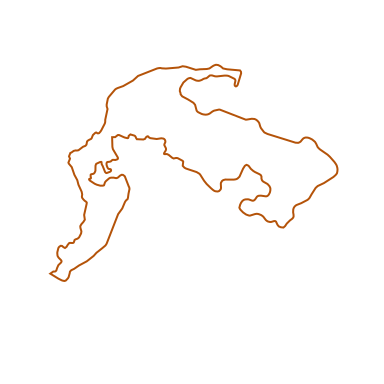 the border of Adygey, rotated 292°
{"feature_id": "RUS-2279", "entity_name": "Adygey", "entity_type": "Republic", "adm_level": 1, "iso_a3": "RUS", "parent_name": "Russia", "parent_adm1": "", "projection": "orthographic", "projection_center": [39.851, 44.472], "detail": "fine", "context": "isolated", "style": "outline", "palette": "amber", "viewbox_px": 384, "rotation_deg": 292, "n_neighbors": 0, "source": "natural_earth", "source_scale": "10m", "svg_char_len": 6011}
<svg xmlns="http://www.w3.org/2000/svg" viewBox="0 0 384 384"><g transform="rotate(292 192 192)"><path d="M179.0,64.6L182.7,64.6L183.4,65.4L185.8,66.9L187.0,68.6L187.3,69.7L188.2,71.1L193.1,74.0L194.9,75.9L196.4,76.4L199.4,75.8L200.3,76.0L201.6,76.9L203.4,78.5L204.1,78.8L207.7,78.8L210.5,80.1L211.1,80.6L211.3,81.1L211.0,82.3L211.2,83.0L211.8,83.8L213.7,84.5L215.3,84.8L222.9,85.5L224.4,85.3L226.5,84.5L237.3,82.6L239.5,80.8L241.2,80.1L247.1,79.0L249.1,79.3L258.2,82.3L259.3,83.0L260.5,84.1L264.4,88.5L273.2,95.5L279.4,98.5L293.5,113.4L294.3,114.6L295.1,116.1L295.4,117.8L296.7,121.6L302.4,132.9L305.1,136.2L305.9,139.5L306.7,149.8L308.7,153.3L311.6,159.7L313.1,161.9L316.5,164.1L317.8,165.2L318.9,166.5L319.2,167.5L319.5,168.8L319.3,171.0L319.0,172.3L318.2,174.5L318.9,178.5L322.7,191.0L321.8,192.4L320.4,193.1L308.5,194.2L307.5,194.0L306.7,193.6L306.3,192.9L306.6,191.9L307.3,191.4L308.3,191.1L311.4,190.6L312.2,190.1L312.7,189.4L312.9,188.4L313.3,182.7L313.2,181.7L312.8,180.3L312.2,178.7L308.5,171.8L307.9,170.1L307.6,166.9L307.2,165.8L306.6,164.8L303.9,163.4L302.9,162.7L302.1,161.4L301.2,160.3L299.5,159.0L298.5,157.9L297.7,156.8L297.1,155.1L296.9,153.7L297.2,147.9L296.5,146.7L295.3,145.5L290.3,143.0L284.8,142.2L283.3,142.2L281.0,142.9L279.4,144.3L278.3,144.9L277.0,147.1L276.3,153.8L275.2,160.0L274.0,162.2L269.2,165.8L268.7,166.6L268.3,167.8L268.0,171.8L268.2,173.5L268.8,175.7L269.4,176.8L270.0,177.7L271.2,178.9L274.3,180.8L275.7,182.0L278.5,186.1L278.8,187.0L279.2,214.7L279.6,215.6L282.3,220.0L283.1,222.6L283.1,223.7L282.9,225.0L282.2,226.8L281.6,227.8L281.0,228.6L278.2,230.8L277.0,232.1L274.7,236.0L274.3,236.9L274.1,240.3L276.5,269.5L277.4,272.1L278.4,273.1L279.4,273.8L282.3,274.7L283.6,275.3L284.6,276.3L285.1,277.0L285.7,278.7L285.9,279.9L285.9,281.4L285.7,283.7L285.1,285.7L284.5,287.4L283.1,289.2L280.8,291.6L280.1,292.9L279.4,294.8L277.4,303.7L276.3,306.6L273.2,312.8L271.9,314.8L270.8,316.2L268.7,317.8L267.1,318.6L265.4,319.1L263.5,319.4L261.5,318.8L258.9,317.5L249.7,311.0L244.6,306.3L242.1,305.1L234.5,303.7L230.6,303.2L229.2,302.7L228.0,302.1L222.5,297.4L218.9,293.6L217.0,292.6L215.3,292.3L213.8,292.4L211.0,293.4L208.9,294.7L207.2,295.4L206.1,295.4L204.7,294.9L202.4,293.5L198.2,291.7L195.3,291.1L193.3,290.1L192.6,287.6L192.6,286.6L192.6,285.4L193.4,283.9L194.1,283.0L196.0,281.0L196.2,280.1L195.8,279.0L194.1,276.9L193.7,276.3L193.3,275.0L193.1,273.3L193.3,272.1L193.7,270.9L195.8,267.4L196.2,266.2L196.5,264.8L196.5,262.4L196.3,261.0L195.9,259.9L195.0,258.5L191.9,254.7L191.7,254.3L191.5,253.4L191.4,251.5L191.4,250.5L192.2,247.0L193.6,243.8L194.4,242.6L195.2,241.8L198.1,241.4L200.3,241.5L202.4,242.0L204.0,242.9L205.1,244.2L206.2,246.6L206.4,247.6L206.5,250.7L206.7,251.7L207.2,252.4L207.9,252.9L208.8,253.3L212.0,254.0L212.8,254.5L213.4,255.1L214.2,256.7L214.5,257.5L215.6,262.0L216.0,262.8L216.6,263.4L217.5,263.9L218.5,264.2L220.7,264.4L222.6,264.1L224.3,263.5L225.0,263.1L226.3,261.8L227.1,260.3L227.7,259.0L228.3,254.3L228.7,253.2L229.2,252.4L230.6,251.3L232.2,250.7L232.9,250.1L233.5,249.3L233.8,247.7L234.1,242.9L234.5,240.8L235.5,237.9L237.4,234.8L237.6,233.7L237.6,232.4L236.8,231.7L236.0,231.2L232.7,230.6L224.0,230.3L221.4,229.1L220.2,227.9L219.2,226.2L216.0,218.2L214.9,216.7L214.3,216.2L213.4,215.7L211.4,215.4L210.5,215.6L206.6,217.4L205.4,217.6L204.6,217.4L203.1,216.8L202.2,215.8L201.9,215.0L201.5,213.6L201.4,212.4L201.8,210.6L202.5,208.5L204.9,202.6L207.0,198.9L211.1,193.2L211.7,192.0L212.2,188.8L211.5,177.7L211.7,175.9L212.8,173.6L216.8,172.5L217.3,171.9L217.5,170.8L218.0,166.2L217.9,165.4L217.6,164.5L216.2,162.4L216.3,160.9L217.7,156.4L217.8,154.6L216.9,152.5L216.8,152.0L217.1,151.7L217.9,151.6L220.7,152.1L222.0,151.9L222.8,151.4L225.1,148.8L225.9,148.5L228.1,148.6L229.1,148.3L230.0,147.6L230.4,147.0L230.7,146.4L230.8,145.4L230.3,143.4L227.9,139.4L226.3,133.1L226.6,131.2L227.0,130.8L227.1,130.3L226.9,129.7L225.4,128.8L223.8,128.6L222.5,127.3L220.3,121.1L221.3,119.7L222.2,118.9L222.6,118.1L222.7,117.4L222.3,113.3L220.3,112.3L218.6,112.6L218.1,112.5L217.7,111.9L217.3,109.3L217.3,107.8L217.5,103.2L217.3,102.5L216.9,101.8L214.1,100.2L212.9,97.4L204.0,101.3L202.1,102.6L196.2,110.3L195.3,110.8L194.9,110.8L194.3,110.5L193.0,109.0L192.2,106.6L191.6,106.0L189.9,105.2L189.2,104.3L188.1,102.3L187.5,102.0L186.6,102.0L185.2,102.6L184.4,103.2L183.0,104.5L182.3,105.5L182.2,106.1L182.6,107.6L182.6,108.1L182.0,108.8L180.8,108.9L179.9,108.3L177.8,106.0L177.5,105.5L177.5,105.0L178.0,103.9L182.7,99.4L183.9,97.9L185.8,96.9L185.9,96.5L185.4,95.6L182.3,92.7L181.5,92.6L180.2,92.7L175.5,94.5L173.6,94.5L172.4,94.1L171.9,93.7L170.7,91.9L170.1,91.6L168.8,92.0L167.3,93.0L166.8,93.1L166.4,92.9L165.8,92.0L165.4,91.8L164.9,92.0L164.3,93.2L163.2,98.7L163.1,100.9L163.5,104.5L164.4,106.8L165.0,107.7L165.4,107.9L168.4,107.7L169.8,108.1L173.5,110.0L174.4,110.7L175.0,111.7L175.9,113.8L176.4,116.4L176.8,117.1L177.8,118.0L180.1,119.1L181.1,119.9L181.6,120.3L182.0,121.6L181.6,123.2L181.3,123.9L173.2,131.5L172.9,132.0L171.4,132.9L166.5,133.8L162.6,134.8L161.0,134.9L160.2,134.3L159.1,133.9L157.6,133.6L150.6,133.5L143.8,131.8L112.1,132.2L110.0,131.8L106.4,129.9L99.9,126.2L95.8,124.7L88.3,120.4L81.6,114.8L76.6,111.5L74.3,109.4L73.1,108.9L72.3,108.7L71.1,109.0L66.9,109.5L65.5,109.3L62.7,108.2L62.2,107.7L61.7,107.0L61.4,105.5L61.3,104.4L61.6,100.6L63.2,91.2L66.3,93.2L66.9,94.7L67.4,95.2L68.4,95.6L70.9,95.4L74.1,95.5L77.5,97.0L78.2,97.1L78.9,97.0L79.5,96.5L79.9,95.8L81.1,93.0L81.8,92.0L82.5,91.2L84.6,90.1L85.7,89.7L89.9,89.1L90.7,89.2L91.6,89.5L92.9,90.4L93.2,91.2L93.3,91.8L92.7,93.5L92.5,95.2L94.1,96.2L96.6,96.6L98.7,97.3L99.1,97.9L99.9,100.2L100.5,101.1L101.4,101.3L103.4,101.1L104.3,101.6L105.9,103.4L107.6,104.3L112.0,104.7L114.1,104.2L116.9,102.0L118.5,101.2L120.7,101.5L123.5,102.5L126.2,103.0L130.3,100.6L141.8,98.7L142.9,98.3L143.4,97.1L143.7,95.7L144.5,93.9L145.5,92.3L146.3,91.7L148.6,91.1L150.9,89.6L156.2,84.0L160.0,81.2L163.9,76.5L170.0,71.2L172.2,67.1L173.0,66.4L177.2,66.4L179.0,64.6Z" fill="none" stroke="#b45309" stroke-width="2"/></g></svg>